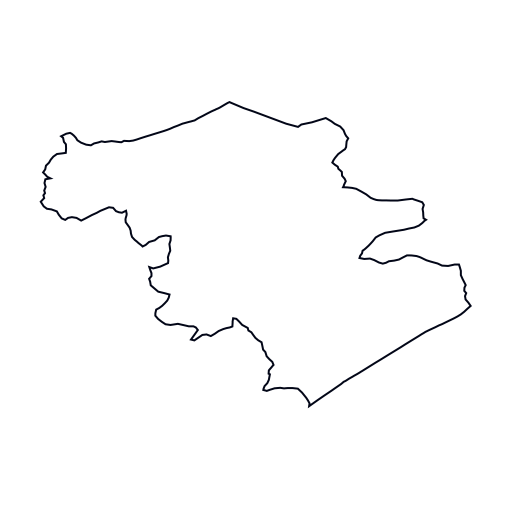 the district of Chesumei, Rift Valley, Kenya, rotated 82°
{"feature_id": "3690345B21695789916257", "entity_name": "Chesumei", "entity_type": "district", "adm_level": 2, "iso_a3": "KEN", "parent_name": "Kenya", "parent_adm1": "Rift Valley", "projection": "equal_earth", "projection_center": [35.097, 0.277], "detail": "fine", "context": "isolated", "style": "outline", "palette": "ink", "viewbox_px": 512, "rotation_deg": 82, "n_neighbors": 0, "source": "geoboundaries", "source_scale": "gbopen_adm2", "svg_char_len": 4904}
<svg xmlns="http://www.w3.org/2000/svg" viewBox="0 0 512 512"><g transform="rotate(82 256 256)"><path d="M340.2,57.6L337.8,54.2L335.3,50.4L331.7,52.2L328.2,54.5L324.8,54.6L322.0,53.0L319.5,54.6L316.4,54.0L314.0,52.4L311.0,53.4L307.6,54.6L303.5,55.8L299.2,55.2L295.6,55.7L292.7,56.2L292.1,60.5L292.6,67.1L291.4,73.1L288.7,77.2L287.1,80.9L285.7,84.1L284.0,87.7L282.3,90.3L281.6,91.3L280.6,92.8L279.7,94.3L278.4,97.0L277.1,101.9L276.4,106.4L277.9,110.8L279.4,114.9L279.8,119.8L279.7,125.1L280.8,128.2L281.2,131.5L279.6,135.1L276.5,139.5L274.4,143.5L274.0,149.2L272.4,153.8L270.3,152.8L268.2,150.7L265.6,149.7L264.7,147.9L263.7,146.3L261.5,143.1L259.6,140.7L257.6,138.3L254.3,134.9L252.7,130.9L251.0,124.9L250.8,117.3L250.7,111.3L250.6,105.8L250.1,100.9L249.8,95.2L248.6,90.5L246.7,87.1L246.1,86.2L244.5,84.1L243.8,82.6L242.0,84.8L239.2,84.7L236.0,84.4L232.6,84.5L228.8,82.7L225.9,83.9L223.9,87.8L221.9,91.9L221.1,93.2L220.9,99.7L220.8,108.1L219.9,114.4L219.1,119.1L218.5,123.4L217.7,127.4L217.2,129.1L216.0,131.6L214.3,134.4L210.3,138.3L206.8,142.8L203.4,147.4L201.9,151.5L200.8,156.0L200.0,160.2L199.0,159.5L197.7,158.9L194.4,156.7L191.8,157.5L188.5,159.6L184.7,159.3L182.8,160.8L181.1,162.3L178.9,162.6L176.5,165.3L174.1,167.4L172.0,166.0L170.3,164.5L169.5,163.7L166.5,160.4L164.5,156.7L163.6,155.1L162.6,153.0L160.7,151.6L159.7,151.4L158.4,151.1L155.1,150.3L152.3,148.3L149.7,150.0L147.4,150.9L143.6,151.8L139.5,154.6L136.1,159.6L133.1,162.6L129.1,167.7L130.2,174.6L131.4,182.0L132.1,192.8L134.0,196.4L129.2,207.7L112.7,238.1L107.8,247.7L99.9,260.9L100.5,262.8L101.6,265.5L102.1,266.7L102.6,267.9L103.9,271.0L104.5,272.7L105.2,275.3L105.6,276.4L105.9,277.6L106.7,280.3L108.4,285.2L109.1,287.1L109.8,289.0L111.5,294.0L113.2,297.9L113.5,300.4L113.7,301.7L113.8,302.9L114.1,305.4L114.5,308.5L114.7,310.3L116.0,315.3L116.9,319.4L118.1,323.6L118.8,326.7L119.4,329.9L120.2,334.8L121.0,339.9L121.7,344.1L122.4,348.6L123.3,353.9L124.1,358.1L124.6,361.6L124.6,363.7L124.6,365.6L123.6,370.7L124.6,373.4L124.3,374.9L123.5,377.9L123.0,379.6L122.1,383.0L122.1,386.6L122.1,389.8L121.0,392.9L121.6,396.4L122.0,400.7L123.4,404.1L122.1,408.7L119.4,413.5L116.5,416.8L113.9,417.9L111.4,419.6L109.3,421.5L108.2,423.0L108.5,426.9L110.3,432.3L112.1,430.6L116.3,430.3L118.9,428.7L123.0,429.1L127.4,430.0L127.4,433.9L127.3,438.9L129.4,442.9L132.0,445.8L134.8,448.0L137.3,451.4L140.9,452.7L143.6,455.2L146.1,453.3L148.5,451.7L150.5,448.8L150.7,453.9L154.3,455.3L158.3,454.7L161.7,456.6L164.4,456.2L166.3,458.1L169.2,457.7L172.3,461.6L177.3,459.3L180.1,456.5L181.4,452.1L184.1,447.0L187.6,445.6L191.7,443.2L193.7,439.9L192.1,436.8L191.9,432.9L193.3,428.4L196.6,424.2L195.0,419.4L192.6,412.8L191.1,407.7L189.6,403.8L188.5,399.5L187.3,394.8L188.4,390.8L192.1,388.4L193.6,385.7L194.5,382.7L193.1,378.4L194.8,378.3L196.3,378.2L197.8,378.6L200.4,379.8L201.8,380.2L204.5,380.3L207.3,378.8L210.4,377.2L213.5,376.6L216.4,376.7L219.9,376.1L222.5,374.3L223.3,373.7L225.1,372.0L226.9,370.5L227.9,369.5L229.9,367.6L230.8,367.0L229.7,363.7L227.2,359.9L226.4,354.1L223.7,349.5L223.3,346.1L223.2,342.3L224.6,337.8L225.7,337.9L228.6,338.4L232.1,340.1L236.1,340.1L238.9,340.2L241.7,341.9L245.0,343.4L248.5,343.5L250.8,344.1L251.8,347.6L253.2,352.4L253.6,356.0L254.0,359.5L252.1,363.2L255.5,362.6L258.4,361.9L261.3,362.3L263.7,365.0L266.7,364.4L270.4,364.3L274.1,361.0L277.7,357.8L279.9,352.2L282.1,347.0L285.1,348.2L287.8,350.1L290.1,352.9L292.3,355.9L294.0,359.0L295.2,362.3L298.6,363.6L301.1,364.0L304.7,361.7L308.1,358.4L311.0,355.1L312.4,350.3L312.3,342.8L314.3,337.5L316.3,332.3L316.9,327.8L318.4,325.5L321.2,323.9L329.7,332.0L330.5,330.0L331.0,328.8L326.7,320.1L326.8,315.9L329.0,311.9L327.3,307.7L325.1,303.4L323.8,298.6L323.3,295.3L323.2,293.7L323.1,291.9L322.5,289.2L320.6,288.8L318.6,288.4L317.7,288.3L314.5,287.3L315.5,284.2L318.6,281.8L322.3,279.3L326.1,274.2L328.7,273.9L330.9,271.2L333.7,269.8L337.0,268.0L339.7,265.6L342.2,262.5L346.2,262.2L349.7,262.0L352.4,260.1L356.8,259.4L360.1,257.1L363.1,254.6L366.3,253.8L367.2,254.9L368.6,256.4L370.3,258.4L371.1,259.2L374.3,259.9L375.1,258.7L377.7,259.6L380.4,260.5L383.5,262.5L386.0,265.6L388.5,267.0L389.7,267.4L390.5,265.4L391.1,264.1L390.4,260.8L389.6,256.0L389.9,250.4L391.0,246.7L391.2,242.8L391.9,238.1L393.2,233.0L397.7,229.4L400.4,227.8L403.4,226.0L406.4,224.6L409.4,223.5L412.1,224.3L410.5,221.2L407.1,214.6L403.7,207.8L400.0,200.2L397.9,196.1L394.7,189.7L393.4,187.6L392.8,186.8L392.5,185.7L392.0,184.3L390.5,181.1L389.5,178.6L389.0,177.3L388.3,175.7L387.0,172.3L385.9,169.7L385.2,168.2L384.8,167.2L382.8,162.7L381.2,159.1L378.4,152.8L376.1,147.4L372.1,138.3L366.5,125.4L364.4,120.8L361.4,114.0L357.8,105.7L357.1,104.2L356.5,102.9L355.7,100.9L354.7,98.7L354.3,97.4L353.7,95.6L353.2,94.0L351.5,88.4L350.1,84.2L349.8,82.9L349.3,81.0L348.2,77.7L346.2,71.5L345.5,69.3L344.8,67.3L343.8,64.6L343.3,63.5L342.4,61.4L340.2,57.6Z" fill="none" stroke="#020617" stroke-width="2"/></g></svg>